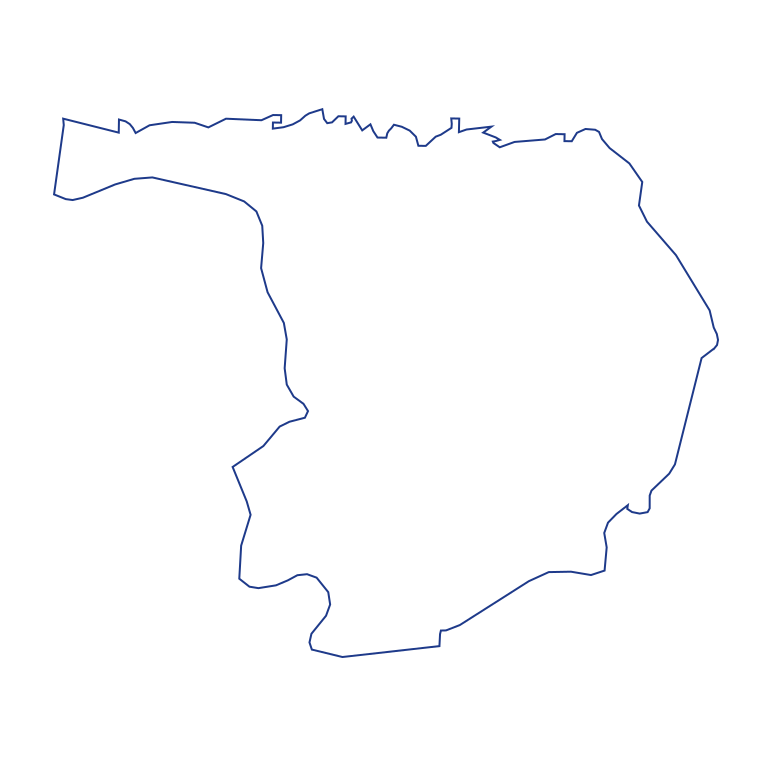 the Province of Irbid, rotated 91°
{"feature_id": "JOR-854", "entity_name": "Irbid", "entity_type": "Province", "adm_level": 1, "iso_a3": "JOR", "parent_name": "Jordan", "parent_adm1": "", "projection": "orthographic", "projection_center": [35.72, 32.466], "detail": "fine", "context": "isolated", "style": "outline", "palette": "blue", "viewbox_px": 768, "rotation_deg": 91, "n_neighbors": 0, "source": "natural_earth", "source_scale": "10m", "svg_char_len": 2073}
<svg xmlns="http://www.w3.org/2000/svg" viewBox="0 0 768 768"><g transform="rotate(91 384 384)"><path d="M139.7,279.4L141.1,278.8L145.3,272.4L139.7,257.7L136.7,227.3L131.1,216.7L131.1,207.8L138.0,207.8L138.0,200.5L129.5,195.5L125.5,187.0L126.1,177.3L128.2,173.4L135.3,170.3L144.2,162.5L159.2,142.5L177.5,129.3L201.1,132.2L217.1,123.9L250.1,94.3L304.7,59.7L321.8,55.3L322.0,55.2L328.2,52.1L334.1,50.8L339.2,51.7L343.4,55.0L343.3,55.3L352.5,66.9L459.3,91.7L468.7,97.3L485.9,114.7L490.9,116.4L503.7,116.2L507.5,118.2L509.1,126.1L507.7,133.8L504.6,138.6L500.9,138.1L509.9,149.3L518.7,157.6L529.1,161.2L543.5,158.5L566.7,160.2L571.4,173.7L568.4,193.8L569.2,216.0L578.6,235.7L623.7,304.0L629.3,317.7L629.5,322.8L633.1,323.6L645.1,324.0L657.7,420.8L650.8,451.5L643.7,454.0L635.0,452.2L616.7,437.9L605.4,434.0L593.1,436.1L578.8,448.0L575.5,457.6L576.7,467.3L582.0,476.7L587.2,488.5L590.3,506.0L589.0,515.0L581.2,525.3L548.1,524.0L517.1,515.1L503.8,519.2L469.6,533.9L448.1,503.5L428.4,487.6L423.4,477.9L419.1,462.5L412.4,459.5L405.3,464.1L398.2,474.1L386.3,481.2L370.0,483.6L341.1,482.0L324.7,485.2L294.3,502.0L270.3,508.9L245.2,507.2L227.9,508.5L213.7,514.6L203.9,527.0L196.9,545.3L181.5,619.2L183.2,637.2L189.2,656.4L203.0,688.3L205.5,698.5L204.7,705.4L200.2,717.2L130.7,708.7L124.3,709.4L137.3,653.6L124.2,653.6L125.9,647.0L128.6,642.7L132.4,639.5L137.4,636.7L129.4,622.9L125.7,600.4L126.1,577.9L130.5,564.1L121.5,546.6L122.4,511.1L117.0,499.6L117.0,491.5L124.5,491.5L124.5,499.6L130.6,499.6L129.0,488.9L126.0,479.8L121.9,472.5L117.1,467.3L114.7,463.5L110.3,450.5L120.0,448.6L124.2,445.3L123.3,440.5L117.1,434.3L117.1,427.0L124.6,427.0L123.0,421.5L121.4,420.7L119.3,421.1L117.2,419.0L130.8,410.2L124.6,402.1L131.4,399.1L137.7,394.8L137.7,386.0L133.3,385.1L130.6,383.5L128.3,381.3L124.6,378.6L126.5,370.7L130.2,362.7L136.2,356.4L145.2,353.8L145.2,346.4L135.8,336.6L133.8,331.6L126.7,321.0L122.6,320.8L117.3,321.4L117.3,313.4L130.9,313.5L128.1,305.9L124.8,281.1L130.9,289.2L135.5,276.6L137.9,272.4L139.2,276.7L139.7,279.4Z" fill="none" stroke="#1e3a8a" stroke-width="2"/></g></svg>